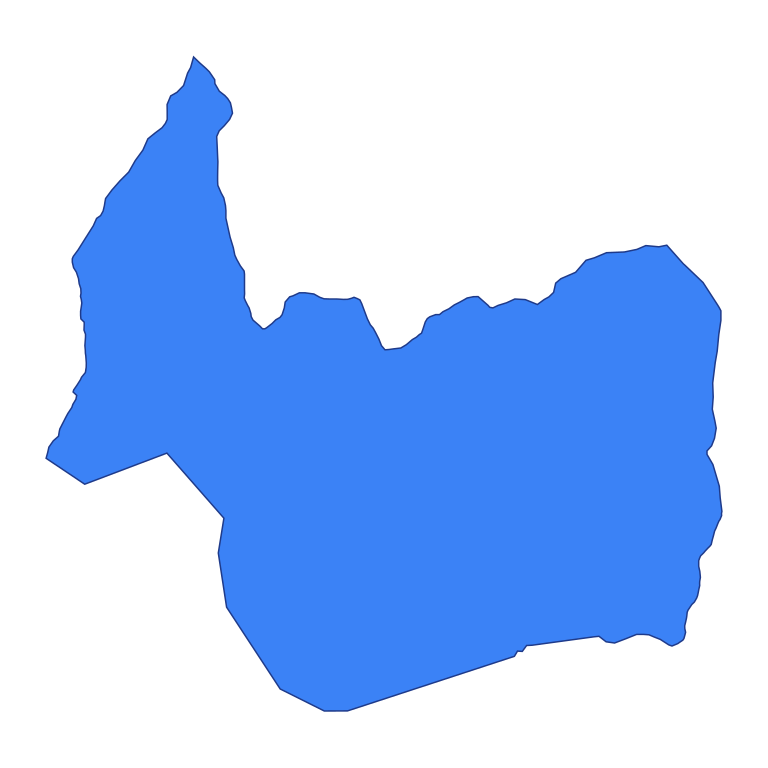 the district of Samphelling, Chhukha, Bhutan
{"feature_id": "84629894B17389160207490", "entity_name": "Samphelling", "entity_type": "district", "adm_level": 2, "iso_a3": "BTN", "parent_name": "Bhutan", "parent_adm1": "Chhukha", "projection": "equal_earth", "projection_center": [89.481, 26.851], "detail": "fine", "context": "isolated", "style": "filled", "palette": "blue", "viewbox_px": 768, "rotation_deg": 0, "n_neighbors": 0, "source": "geoboundaries", "source_scale": "gbopen_adm2", "svg_char_len": 3605}
<svg xmlns="http://www.w3.org/2000/svg" viewBox="0 0 768 768"><path d="M666.8,245.2L658.9,246.8L645.8,245.6L636.9,249.4L624.3,252.0L606.5,252.7L594.4,257.8L586.0,260.3L575.6,272.3L560.9,278.7L555.7,283.1L553.6,292.4L548.9,296.9L544.2,299.5L537.4,304.5L525.3,299.6L514.8,299.0L510.7,300.9L506.5,302.8L498.1,305.4L492.9,307.9L489.7,307.3L488.1,305.4L478.1,296.6L473.4,296.7L467.1,298.0L464.0,299.8L459.3,302.4L454.3,304.9L448.9,308.8L443.0,311.7L439.5,314.6L435.7,314.6L429.8,316.8L427.3,318.6L425.3,321.9L422.6,330.2L421.5,333.2L419.3,334.6L416.4,337.2L412.3,339.6L406.3,344.7L400.8,348.0L393.3,348.9L389.0,349.5L385.0,349.8L381.5,345.7L378.9,339.1L375.8,333.0L373.2,328.2L370.3,324.8L367.4,318.9L365.2,313.0L361.7,303.6L359.9,299.9L357.3,298.6L354.0,297.3L351.8,298.2L347.8,299.3L343.6,299.4L336.5,299.0L329.3,299.0L324.0,298.8L319.8,297.3L313.9,294.0L305.0,292.8L299.4,292.8L292.8,295.9L289.7,296.8L285.2,302.0L284.3,307.9L282.1,314.7L280.0,317.4L275.8,319.8L272.1,323.5L266.7,327.7L264.9,328.8L262.5,328.8L259.8,326.0L253.0,320.1L251.2,316.6L250.8,313.4L249.1,307.9L247.7,305.5L245.3,300.7L244.2,297.9L244.6,293.9L244.5,289.8L244.5,285.9L244.5,280.0L244.5,274.1L244.1,271.0L240.3,265.8L236.8,259.5L234.8,255.1L233.3,247.7L230.1,237.2L227.6,225.9L225.9,218.2L225.9,210.6L225.5,205.6L223.8,197.9L221.1,192.9L217.8,185.3L217.6,180.7L217.6,176.4L217.7,169.6L217.9,161.8L217.7,158.3L217.3,148.9L216.7,136.5L219.2,130.8L224.3,125.7L229.6,119.4L232.5,113.2L231.5,107.6L230.4,102.8L227.7,98.6L224.9,95.6L219.3,91.2L217.8,88.6L214.9,83.6L214.7,79.7L209.4,71.9L205.9,68.4L199.5,62.7L193.6,57.0L190.6,67.6L187.6,73.1L183.6,85.5L177.0,92.3L170.7,95.9L167.1,104.5L167.2,111.5L167.2,119.5L165.4,123.4L162.1,127.7L154.8,133.2L147.9,138.8L142.9,150.1L135.3,160.5L128.7,172.1L120.1,180.7L112.0,189.9L105.6,198.5L104.9,202.4L104.4,205.6L103.1,211.1L100.6,215.6L96.6,218.4L93.3,225.8L85.2,238.6L78.1,249.9L73.3,256.4L72.3,258.8L72.3,262.2L73.6,267.7L76.4,272.2L78.5,278.6L79.2,283.8L80.8,288.7L81.0,293.2L80.5,296.3L81.3,299.6L81.8,303.0L81.3,306.7L80.6,311.2L80.6,315.5L80.9,318.9L84.2,322.2L84.2,324.6L84.0,330.1L85.5,334.2L85.5,337.1L84.9,345.6L85.3,350.3L85.4,353.2L85.8,355.9L86.3,363.0L86.2,367.3L85.4,372.5L81.5,377.3L80.5,379.6L77.1,385.0L73.7,389.9L73.1,392.0L76.7,395.4L75.9,399.3L72.9,404.3L71.8,407.5L67.9,413.4L66.1,416.7L59.8,429.0L59.3,431.4L58.5,436.2L53.3,440.8L48.9,447.1L47.7,452.5L46.1,458.3L54.3,463.8L84.7,484.2L166.9,453.1L223.9,518.2L218.3,553.0L226.6,607.2L280.2,689.0L324.3,711.0L347.5,710.9L514.4,656.3L517.5,651.1L522.3,651.4L526.6,645.5L532.3,645.2L594.0,636.8L599.0,636.3L606.1,641.8L614.6,643.0L625.9,638.7L636.6,634.4L643.6,634.4L649.0,634.8L653.9,636.9L660.3,639.4L668.8,644.9L672.0,646.0L677.8,643.6L679.5,642.4L682.8,640.2L683.9,638.6L684.7,635.8L685.6,632.3L684.8,628.6L684.7,625.8L685.6,622.1L686.5,618.0L686.8,615.9L687.2,612.2L688.0,610.2L691.8,604.5L694.4,602.0L696.7,598.0L697.6,595.5L698.2,592.7L698.8,589.5L699.7,585.6L699.6,583.4L699.7,581.4L700.4,577.3L699.8,571.3L699.3,569.1L698.7,566.3L698.7,564.1L698.7,560.7L699.6,558.1L700.7,555.7L702.1,554.4L703.8,552.7L705.1,551.1L706.8,549.3L708.3,547.7L709.7,546.4L711.2,544.5L712.3,539.8L713.6,535.1L714.6,531.1L716.1,528.0L717.7,523.9L718.8,521.3L720.0,519.5L721.6,515.6L721.5,513.5L721.9,511.4L720.2,497.8L719.3,486.2L712.9,464.5L707.0,454.4L707.0,450.9L711.6,445.8L714.5,438.3L716.2,428.2L714.9,421.1L712.3,409.2L713.2,397.1L712.7,383.0L715.2,362.8L717.2,351.2L718.8,334.5L720.9,320.4L720.9,310.8L719.2,307.6L717.5,304.8L703.1,282.6L684.9,265.2L683.3,263.8L666.8,245.2Z" fill="#3b82f6" stroke="#1e3a8a" stroke-width="1.5"/></svg>